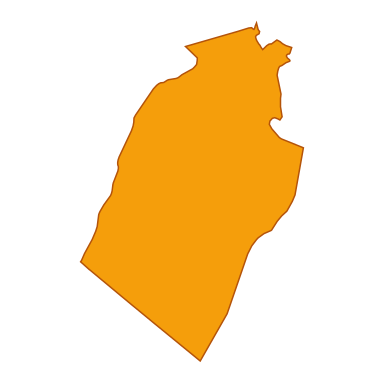 an SVG outline of An-Najaf
{"feature_id": "IRQ-3061", "entity_name": "An-Najaf", "entity_type": "Province", "adm_level": 1, "iso_a3": "IRQ", "parent_name": "Iraq", "parent_adm1": "", "projection": "orthographic", "projection_center": [43.942, 31.079], "detail": "fine", "context": "isolated", "style": "filled", "palette": "amber", "viewbox_px": 384, "rotation_deg": 0, "n_neighbors": 0, "source": "natural_earth", "source_scale": "10m", "svg_char_len": 1729}
<svg xmlns="http://www.w3.org/2000/svg" viewBox="0 0 384 384"><path d="M200.2,361.0L194.6,356.4L181.4,345.6L168.1,334.7L154.9,323.9L141.7,313.0L131.6,304.7L121.5,296.3L111.4,287.9L101.3,279.5L89.3,269.5L89.2,269.5L80.6,261.8L81.5,260.5L84.6,253.4L92.2,239.5L95.7,231.3L97.2,226.6L98.7,214.8L99.1,213.5L100.0,211.5L103.9,204.8L110.5,195.7L111.3,193.9L112.1,191.1L112.9,184.6L113.3,182.9L117.9,171.0L118.4,168.2L118.3,166.2L117.9,165.3L117.7,164.1L117.7,162.4L118.1,160.0L119.2,156.8L131.4,130.9L133.1,126.0L133.8,122.2L134.0,118.0L135.6,115.0L153.4,88.9L156.7,85.3L158.8,83.7L160.7,82.8L163.0,82.6L163.9,82.4L167.3,80.2L168.6,79.7L175.9,78.5L177.7,77.9L179.2,76.9L182.1,74.6L192.7,68.8L194.6,66.9L196.6,64.5L197.2,60.5L197.3,57.9L185.5,46.5L238.1,31.3L248.7,28.0L251.6,27.7L253.0,28.9L253.9,29.4L254.4,28.7L255.0,27.2L255.1,26.4L256.5,23.0L258.1,29.4L258.9,30.7L259.6,31.4L259.1,33.7L256.4,35.3L255.6,36.6L255.8,38.1L256.7,40.5L258.8,44.0L259.6,44.8L260.4,46.1L261.0,47.3L262.7,49.6L266.7,45.7L269.1,44.1L269.6,44.1L270.5,43.9L271.4,44.0L276.9,40.0L280.0,41.6L282.5,43.7L285.9,45.6L291.7,47.5L290.0,52.9L289.7,53.4L289.2,54.0L288.7,54.0L288.0,54.1L286.8,54.9L286.5,55.6L286.5,56.4L287.0,57.3L287.5,58.1L288.2,58.7L289.2,59.5L289.9,60.4L289.9,61.0L289.3,61.4L286.0,62.7L281.9,65.5L279.7,66.4L278.8,67.7L277.8,71.0L277.1,75.2L281.0,94.1L280.5,98.4L280.5,106.8L282.1,116.8L279.9,120.0L277.9,118.9L274.8,117.7L272.4,118.3L269.9,121.1L269.3,124.3L271.8,128.8L279.3,137.5L281.4,138.9L303.4,147.8L295.0,195.0L292.3,201.4L286.9,211.1L281.6,216.0L277.2,221.3L271.6,230.1L270.9,230.6L264.0,233.6L258.3,237.7L256.5,239.6L251.8,245.8L247.7,253.9L227.1,313.8L201.7,358.4L200.2,361.0Z" fill="#f59e0b" stroke="#b45309" stroke-width="1.5"/></svg>